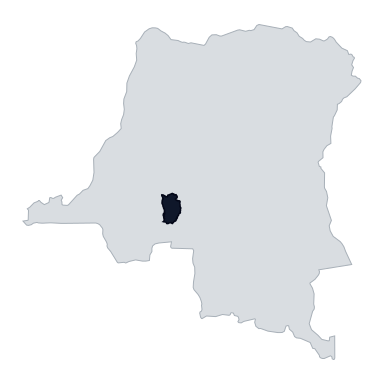 location of Ilebo, Kasaï-Occidental, Democratic Republic of the Congo
{"feature_id": "63176286B19501088760626", "entity_name": "Ilebo", "entity_type": "district", "adm_level": 2, "iso_a3": "COD", "parent_name": "Democratic Republic of the Congo", "parent_adm1": "Kasaï-Occidental", "projection": "mercator", "projection_center": [20.49, -5.056], "detail": "fine", "context": "in_parent", "style": "filled", "palette": "ink", "viewbox_px": 384, "rotation_deg": 0, "n_neighbors": 0, "source": "geoboundaries", "source_scale": "gbopen_adm2", "svg_char_len": 7893}
<svg xmlns="http://www.w3.org/2000/svg" viewBox="0 0 384 384"><path d="M351.7,264.5L318.8,269.8L319.5,271.7L319.2,273.6L318.3,275.2L315.0,279.3L310.0,283.0L310.0,283.9L312.5,288.2L314.1,293.9L313.7,304.1L314.4,306.9L314.2,309.0L312.6,311.4L309.2,323.7L311.5,329.7L318.0,335.3L321.8,339.4L328.2,340.9L329.3,340.7L329.7,337.2L334.7,335.9L334.8,358.0L334.4,359.2L333.5,359.5L332.2,358.8L331.8,356.7L330.5,355.8L324.2,358.5L322.6,358.5L320.9,358.0L319.6,356.9L319.3,355.2L314.8,348.7L312.7,348.3L310.2,342.5L300.4,338.3L296.6,337.9L294.6,336.6L292.7,332.1L289.4,329.2L288.7,326.0L288.0,325.5L286.0,326.1L284.3,331.3L282.1,332.5L278.0,332.6L267.9,331.1L260.7,328.5L258.8,328.6L255.9,326.3L254.7,322.3L255.4,319.3L254.8,318.8L243.8,321.4L241.2,322.9L238.7,322.6L237.9,321.7L239.0,319.6L238.5,317.4L237.7,316.3L234.4,315.5L233.4,313.1L231.4,312.7L230.7,313.1L230.2,314.7L229.1,315.3L222.5,314.5L215.6,316.6L206.5,316.0L202.1,318.6L201.5,318.5L200.6,317.2L199.7,313.1L200.1,311.9L201.5,311.1L202.0,309.4L201.5,305.1L201.9,304.1L201.4,301.6L200.0,297.7L198.1,294.5L194.0,289.7L193.2,287.4L193.5,282.0L194.9,273.5L194.7,267.2L193.0,263.1L192.6,258.7L193.7,250.7L192.7,248.8L171.9,248.2L171.0,247.6L170.6,246.5L171.5,241.8L158.9,243.0L155.1,243.9L152.7,245.8L151.9,248.2L151.9,251.6L149.9,254.9L149.4,260.5L145.9,261.1L142.4,261.1L135.6,259.9L129.0,261.5L125.8,263.0L124.1,262.3L118.2,262.9L117.4,262.4L110.6,251.4L107.6,247.8L107.0,246.0L107.3,244.3L106.5,242.0L103.3,236.4L102.7,233.8L102.9,229.7L102.5,228.3L99.7,224.7L97.8,223.6L95.8,223.0L61.8,223.4L50.5,222.8L42.3,223.2L38.2,222.9L37.0,222.4L33.3,223.2L31.3,224.7L28.4,225.4L26.6,225.1L23.0,221.1L27.8,220.3L28.2,219.9L28.5,210.2L27.3,208.8L29.8,207.2L34.0,202.9L38.0,201.3L38.5,200.5L39.4,200.5L40.9,202.3L44.3,204.6L48.7,202.6L49.1,202.0L49.7,197.8L50.8,197.5L52.6,198.4L53.7,198.4L55.5,197.2L61.1,195.1L62.7,197.7L61.2,200.2L61.9,201.9L62.0,204.5L62.9,205.1L67.3,205.4L68.5,204.8L77.2,195.2L79.4,194.1L83.1,190.3L87.9,188.6L90.0,185.6L92.8,180.2L94.0,172.5L93.6,159.2L94.0,157.4L99.8,151.4L105.8,140.5L109.8,137.7L112.8,136.5L117.5,132.5L121.2,128.5L120.7,123.7L121.6,119.7L123.6,114.6L124.3,109.3L123.6,103.6L123.9,99.0L126.7,91.6L126.9,83.1L129.4,76.0L134.3,66.9L136.7,60.2L136.2,53.5L136.9,48.6L136.6,45.7L135.7,43.2L136.2,41.7L138.0,41.0L140.4,38.5L144.6,32.0L149.1,28.8L152.2,27.8L155.5,27.9L157.7,28.4L161.1,31.0L165.1,33.1L168.1,35.6L171.0,39.6L178.0,40.5L181.0,41.9L182.9,42.4L183.6,42.1L185.0,42.3L188.3,43.5L191.0,42.8L204.0,45.4L205.5,44.1L209.2,37.3L211.9,34.9L216.3,34.7L219.8,36.0L221.7,36.0L237.7,30.1L239.7,29.8L245.6,31.3L249.3,30.3L250.9,30.6L254.1,29.6L256.8,25.5L259.0,24.5L282.0,28.9L285.6,26.7L287.2,26.5L292.3,28.1L293.9,30.6L297.0,32.8L299.2,36.3L302.6,38.4L304.3,40.3L306.3,41.6L310.5,42.0L315.8,38.8L319.6,39.2L323.3,40.9L324.6,40.8L327.5,39.0L329.0,36.9L330.4,36.5L332.6,37.4L334.5,39.3L336.1,42.0L341.8,48.1L347.4,50.7L348.8,54.5L350.8,54.1L351.8,54.5L353.2,56.9L354.2,57.3L354.4,58.3L353.0,60.6L351.7,64.8L353.5,67.5L352.0,71.3L351.3,75.2L353.1,76.2L355.4,76.2L357.6,78.2L359.2,78.5L361.0,80.7L360.6,82.5L355.1,88.9L346.8,96.8L344.1,97.8L342.6,99.2L341.6,101.5L339.2,103.5L337.4,104.3L337.2,109.9L334.4,115.8L333.4,117.0L331.9,126.6L332.1,128.3L330.6,136.1L330.9,143.4L326.9,145.7L324.1,149.3L322.9,151.8L323.0,157.7L318.5,161.4L318.1,162.2L319.3,166.4L320.9,167.0L320.9,168.4L324.6,172.9L324.4,186.8L324.6,188.2L326.5,191.5L327.8,197.7L326.4,205.7L331.4,220.4L329.2,225.8L330.2,230.9L333.2,236.4L340.3,241.7L342.1,243.9L343.9,246.8L345.6,251.4L351.7,264.5Z" fill="#d9dde1" stroke="#a8b0b8" stroke-width="1"/><path d="M163.3,221.6L163.9,221.7L164.0,221.9L165.3,221.9L165.6,222.0L166.6,222.9L166.6,223.4L166.7,223.5L166.9,223.5L167.4,223.6L167.9,223.6L168.1,223.5L168.2,223.4L168.5,223.4L169.3,222.9L169.7,222.8L170.3,222.6L170.7,222.5L170.7,222.8L170.8,222.8L171.1,222.9L171.5,223.1L171.8,223.3L172.1,223.5L172.3,223.5L172.3,223.4L172.2,223.4L172.5,223.3L172.6,223.2L172.5,222.9L172.8,223.0L173.0,222.7L173.4,222.5L173.6,222.2L173.7,221.9L173.8,221.7L174.3,221.5L174.5,221.0L174.6,220.9L174.9,221.1L175.0,221.2L175.4,221.1L175.5,221.0L175.6,220.9L175.9,220.6L175.9,220.2L176.3,219.8L176.4,219.7L176.5,219.5L176.5,219.4L176.4,219.2L176.3,218.6L176.4,218.3L176.5,218.2L176.8,218.2L177.1,218.2L177.3,218.1L177.4,217.9L177.4,217.6L177.2,217.2L177.3,217.0L177.2,216.8L177.2,216.7L177.4,216.4L177.6,216.3L177.7,216.2L177.8,216.1L177.9,215.9L178.2,215.8L178.5,215.5L178.5,214.8L178.5,214.7L178.6,214.4L178.8,214.0L179.0,213.8L179.3,213.7L179.5,213.6L179.6,213.2L180.0,213.2L180.3,212.9L180.4,212.3L180.2,211.8L180.1,211.7L180.3,211.4L180.3,210.9L180.5,210.7L180.4,210.4L180.5,210.1L180.5,209.7L180.4,209.4L180.6,208.6L180.7,208.4L180.8,208.3L180.8,207.8L180.6,207.4L180.4,207.3L180.3,207.2L180.3,206.9L180.1,206.6L180.1,206.3L179.9,206.1L180.0,205.6L180.1,205.3L180.1,204.9L180.0,204.7L179.9,204.3L179.9,204.0L179.8,203.7L179.8,203.4L179.7,203.0L179.7,202.9L179.7,202.7L179.9,202.6L180.0,202.2L180.1,201.8L179.9,201.6L179.9,201.3L179.8,201.2L179.7,201.2L179.6,200.9L179.3,200.8L179.2,200.8L178.8,200.8L178.7,200.8L178.3,200.8L178.2,200.7L177.8,200.7L177.7,200.8L177.2,200.5L176.9,200.3L176.9,200.2L176.7,200.2L176.6,200.3L176.2,199.9L175.8,199.7L175.6,199.6L175.7,199.4L175.8,198.9L175.7,198.8L175.9,198.7L176.0,198.5L176.2,198.4L176.3,198.3L176.5,198.2L177.0,197.8L177.1,197.7L177.2,196.7L177.1,196.3L176.9,195.9L176.7,195.7L176.5,195.4L176.4,195.3L176.2,195.3L175.9,195.3L175.8,195.2L175.9,194.7L175.6,194.7L175.5,194.9L175.3,194.9L175.2,194.8L174.8,194.9L174.6,194.8L174.3,194.9L174.2,194.8L173.8,194.7L173.9,194.0L173.8,193.9L173.7,193.9L173.0,193.9L172.7,193.7L172.3,193.4L172.0,193.5L171.8,193.7L171.6,193.7L171.5,193.8L170.6,194.1L170.1,194.4L169.7,194.5L169.5,194.9L169.4,195.0L169.2,195.0L169.0,194.9L168.7,194.9L168.3,195.0L168.2,195.0L167.9,195.1L167.8,195.3L167.7,195.6L167.6,195.8L167.7,196.3L167.5,196.6L167.5,196.8L167.3,196.8L167.1,196.8L166.9,196.8L166.5,196.6L166.4,196.6L166.1,196.7L165.8,196.9L165.7,196.8L165.6,196.6L165.2,196.5L165.2,196.3L165.2,196.2L164.9,195.8L164.6,195.7L164.4,195.9L164.2,195.8L164.0,195.7L163.9,195.4L163.7,195.3L163.6,195.2L163.3,195.0L163.0,195.0L162.9,194.9L162.7,194.9L162.4,194.9L162.1,194.9L161.8,194.8L161.7,195.0L161.8,195.3L161.8,195.7L161.9,195.8L161.9,196.0L162.0,196.2L162.2,196.3L162.3,196.5L162.4,196.9L162.6,197.2L162.7,197.5L162.7,197.9L162.7,198.0L162.8,198.2L163.0,198.2L163.1,198.4L163.3,198.5L163.2,198.7L163.1,198.8L163.1,199.0L162.9,199.1L162.8,199.4L162.6,199.4L162.6,199.7L162.5,199.8L162.4,199.9L162.3,200.1L162.2,200.3L162.2,200.5L162.3,201.0L162.2,201.2L162.2,201.3L162.2,201.5L162.3,201.6L162.3,201.8L162.1,201.9L162.0,202.0L162.1,202.5L162.0,202.9L162.2,203.1L162.1,203.7L162.3,203.8L162.5,204.2L162.6,204.4L162.6,204.5L162.7,204.8L162.9,205.2L162.9,205.6L163.0,205.8L163.0,206.3L163.1,206.8L163.4,207.0L163.6,207.5L163.6,207.9L163.6,208.2L163.7,208.3L163.8,208.5L164.0,208.6L164.1,208.8L164.1,209.0L164.3,209.1L164.3,209.3L164.2,209.5L164.3,209.7L164.4,209.8L164.5,210.3L164.4,210.6L164.6,210.9L164.5,211.0L164.6,211.3L164.6,211.6L164.4,211.7L164.4,211.8L164.5,211.9L164.5,212.1L164.7,212.4L164.6,212.5L164.3,212.7L164.2,212.7L164.1,212.9L164.3,213.1L164.2,213.3L164.3,213.4L164.2,213.4L163.9,213.5L163.7,213.7L163.8,213.7L163.9,213.8L163.7,213.8L163.7,214.3L163.9,214.4L163.7,214.4L163.6,214.6L163.6,214.9L163.6,215.0L163.8,215.1L164.0,214.9L164.0,215.0L163.8,215.1L163.7,215.1L163.7,215.5L163.7,215.8L163.8,216.0L164.0,216.1L163.8,216.2L163.7,216.2L163.8,216.3L163.8,216.5L163.7,216.7L163.7,217.0L163.8,217.0L163.8,217.3L163.8,217.5L163.8,217.8L164.0,217.9L164.1,218.1L164.2,218.3L164.3,218.4L164.3,218.5L164.5,218.6L164.3,219.0L164.3,219.3L164.2,219.3L164.3,219.5L164.3,219.8L164.2,219.9L164.1,220.0L164.2,220.3L164.1,220.5L164.0,220.8L163.9,220.8L163.8,221.0L163.7,221.3L163.3,221.6Z" fill="#0f172a" stroke="#020617" stroke-width="1.5"/></svg>